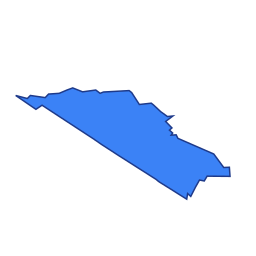 Sullivan, Tennessee, United States of America (Robinson projection), rotated 213°
{"feature_id": "52423323B3729306019568", "entity_name": "Sullivan", "entity_type": "district", "adm_level": 2, "iso_a3": "USA", "parent_name": "United States of America", "parent_adm1": "Tennessee", "projection": "robinson", "projection_center": [-82.288, 36.504], "detail": "fine", "context": "isolated", "style": "filled", "palette": "blue", "viewbox_px": 256, "rotation_deg": 213, "n_neighbors": 0, "source": "geoboundaries", "source_scale": "gbopen_adm2", "svg_char_len": 900}
<svg xmlns="http://www.w3.org/2000/svg" viewBox="0 0 256 256"><g transform="rotate(213 128 128)"><path d="M133.5,99.8L120.5,99.8L119.7,99.8L76.4,100.2L73.3,99.8L71.1,99.8L54.0,100.1L52.6,100.1L52.3,100.1L40.0,100.3L42.3,105.5L38.1,104.8L39.2,115.3L39.7,123.3L35.2,125.1L35.4,130.7L16.1,143.0L21.6,150.3L26.2,147.0L41.9,152.9L80.5,146.5L83.9,148.5L87.9,145.5L87.8,148.1L92.1,148.8L91.2,152.0L100.0,154.0L96.9,162.5L101.2,159.1L109.4,159.5L119.0,161.2L122.0,161.5L131.3,153.9L144.2,159.7L147.4,160.0L168.2,144.8L170.3,141.9L175.7,142.3L185.8,133.6L196.2,131.5L199.8,126.7L204.6,119.6L213.1,113.2L214.0,108.4L227.6,102.1L228.5,97.9L239.9,94.1L215.4,93.5L212.5,100.3L190.7,100.2L158.4,100.1L157.7,100.1L157.1,100.1L151.2,100.1L150.3,100.1L149.4,100.0L147.5,100.0L141.8,99.8L141.7,99.8L139.0,99.8L138.5,99.8L138.0,99.8L137.7,99.8L133.5,99.8Z" fill="#3b82f6" stroke="#1e3a8a" stroke-width="1.5"/></g></svg>